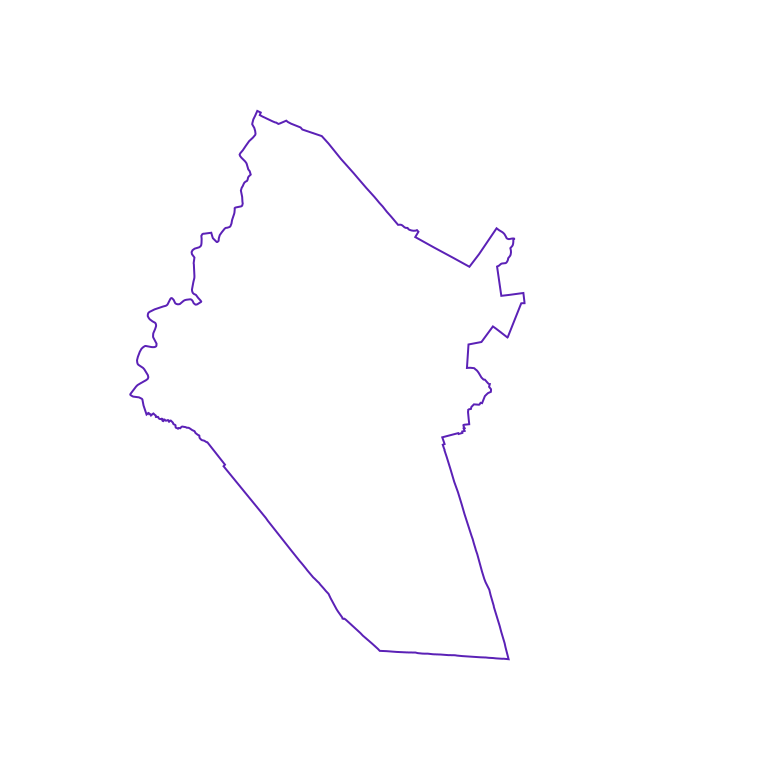 outline of Nga Nam, Sóc Trăng, Vietnam, rotated 315°
{"feature_id": "81297802B9638596310151", "entity_name": "Nga Nam", "entity_type": "district", "adm_level": 2, "iso_a3": "VNM", "parent_name": "Vietnam", "parent_adm1": "Sóc Trăng", "projection": "orthographic", "projection_center": [105.605, 9.526], "detail": "fine", "context": "isolated", "style": "outline", "palette": "violet", "viewbox_px": 768, "rotation_deg": 315, "n_neighbors": 0, "source": "geoboundaries", "source_scale": "gbopen_adm2", "svg_char_len": 6130}
<svg xmlns="http://www.w3.org/2000/svg" viewBox="0 0 768 768"><g transform="rotate(315 384 384)"><path d="M192.3,569.7L196.8,574.6L203.4,582.3L210.5,590.1L216.4,596.2L217.6,598.2L220.8,602.1L224.4,605.8L227.6,609.8L232.8,615.4L237.6,621.0L242.4,626.0L243.7,627.8L247.0,631.8L259.0,645.5L262.8,649.6L264.3,651.5L267.6,655.2L269.1,657.1L273.3,661.9L274.3,662.8L277.5,666.7L283.8,656.0L286.0,652.6L291.5,642.4L294.7,636.9L304.0,619.4L304.7,618.5L310.2,608.5L313.0,603.9L315.6,596.1L317.1,592.7L320.7,585.9L329.6,570.3L331.5,566.4L332.3,565.0L334.7,560.5L337.2,556.1L337.3,555.8L338.6,553.1L349.0,532.8L353.8,524.1L359.8,512.8L364.5,502.8L370.8,491.2L376.8,479.8L379.9,473.6L380.2,473.5L381.1,471.5L382.6,468.5L384.4,469.3L387.5,462.9L399.5,469.9L401.7,471.2L401.4,472.1L404.8,474.0L405.7,472.9L407.9,474.2L408.9,471.7L409.8,472.2L410.3,470.4L410.9,469.4L411.2,469.2L411.9,469.5L415.8,472.7L416.5,471.9L418.9,468.9L423.7,463.1L424.2,462.8L425.3,461.8L426.3,462.0L427.8,463.1L429.4,462.1L429.9,462.0L433.2,462.0L436.5,465.8L437.0,466.0L439.0,465.6L439.8,466.9L446.8,463.9L449.6,463.9L451.2,464.0L454.0,465.1L455.5,463.9L456.0,463.2L456.3,460.3L458.7,458.9L458.5,458.7L458.1,457.7L458.1,456.5L458.4,452.3L458.0,451.8L457.6,451.4L457.5,451.1L457.5,448.3L458.9,442.8L459.2,440.6L459.2,439.3L459.0,438.5L459.0,436.8L458.8,436.4L456.8,433.9L455.4,432.5L454.0,431.3L471.7,415.8L482.6,423.2L501.7,420.3L502.3,423.7L504.2,438.4L504.6,438.4L537.8,424.1L538.2,424.0L540.5,426.2L541.4,425.2L546.9,418.2L536.0,409.9L529.3,404.6L547.0,380.9L548.9,381.6L551.6,381.8L552.6,382.2L555.3,384.4L556.2,384.7L557.7,384.5L559.5,383.8L560.7,382.9L563.3,382.6L564.3,382.4L565.4,381.8L567.0,380.6L568.2,379.2L569.4,377.3L572.3,377.1L573.1,376.9L574.5,376.1L576.1,374.8L577.2,373.7L577.7,373.4L578.4,373.4L579.2,373.9L578.4,372.6L577.4,371.7L574.9,370.0L574.4,369.4L573.9,368.2L573.9,367.2L574.3,366.3L575.1,363.4L575.2,362.1L575.1,360.5L574.1,356.5L573.7,353.5L548.7,358.3L543.0,359.4L527.3,361.5L522.2,343.9L515.9,322.9L510.0,302.2L516.0,300.7L516.1,298.5L514.9,298.0L513.2,296.5L511.9,294.7L511.0,292.9L510.8,291.7L511.0,290.3L509.8,289.0L509.3,287.7L509.1,284.9L508.8,283.8L508.1,282.8L506.5,281.4L507.4,270.9L507.8,264.1L508.6,257.5L508.8,252.7L509.5,245.0L510.1,232.9L511.1,219.6L511.6,213.6L512.7,194.4L514.8,174.7L515.3,164.7L506.2,146.3L506.4,143.6L502.4,134.3L501.3,130.8L501.1,128.7L494.5,126.1L493.2,125.4L492.6,122.9L492.0,122.1L490.9,119.4L487.2,109.0L486.3,106.0L488.8,104.9L487.5,101.3L482.3,103.3L478.7,104.5L475.5,106.4L474.5,107.1L473.9,109.1L473.4,111.1L471.8,114.0L470.1,116.2L469.1,116.8L465.6,117.1L460.4,116.9L454.5,117.9L449.4,118.9L445.6,119.2L444.1,119.7L443.5,120.9L443.2,122.9L443.2,128.5L442.8,130.8L439.8,136.3L439.5,138.6L437.8,141.7L435.1,141.6L433.9,141.9L432.0,143.1L430.7,143.5L429.1,143.0L427.6,142.9L426.0,143.4L424.0,144.2L422.2,144.6L419.6,146.0L416.0,151.4L412.8,155.0L411.7,156.5L409.8,157.6L408.6,157.4L404.4,154.6L403.5,154.1L402.7,154.1L401.9,155.0L399.5,157.0L398.4,157.7L392.4,160.7L389.6,162.7L387.0,163.8L385.9,163.8L383.9,162.8L382.4,161.7L381.2,161.5L376.6,162.0L373.1,162.6L370.2,164.2L368.3,165.8L366.7,165.8L366.1,165.2L366.1,159.9L366.9,158.3L368.8,154.9L363.3,150.7L362.4,149.9L361.4,149.6L359.6,150.1L357.7,152.4L354.5,155.4L353.0,156.5L351.6,156.9L349.9,156.6L345.8,154.4L343.3,154.0L341.2,154.7L340.0,156.4L339.4,160.5L334.8,164.0L334.1,165.0L333.0,166.2L326.3,173.6L324.9,174.9L321.3,177.1L314.9,181.5L314.1,182.5L313.3,184.1L313.2,184.8L313.3,186.1L313.9,187.6L314.0,188.3L313.5,191.4L313.3,195.5L313.0,196.5L312.7,196.6L308.3,195.6L307.1,194.9L306.8,194.4L306.6,193.0L306.6,192.2L307.4,189.9L307.5,188.9L307.4,188.0L306.9,187.1L304.1,184.9L302.7,184.0L301.2,183.5L296.3,183.1L295.4,182.6L294.5,181.8L293.8,180.6L293.5,179.4L293.7,178.6L294.7,175.9L294.8,173.7L294.6,173.2L294.2,172.8L293.0,172.8L287.2,174.7L286.2,174.7L285.0,174.4L282.6,173.0L274.5,169.0L269.1,167.2L267.9,167.1L267.1,167.3L266.0,168.0L265.0,168.9L264.4,170.6L264.1,172.6L264.6,176.0L265.4,178.7L265.4,179.3L265.2,180.0L264.5,181.2L263.6,182.0L261.0,183.3L257.2,184.8L256.3,185.3L254.4,187.0L253.8,187.8L251.7,194.6L250.4,195.8L249.6,196.2L248.6,196.0L247.5,195.4L245.8,193.6L242.4,188.6L241.9,188.2L240.0,187.7L237.5,187.6L234.2,188.5L229.1,190.8L226.1,192.6L224.6,194.5L224.0,195.7L223.9,196.8L225.0,202.2L224.9,204.1L223.3,210.7L222.2,212.5L221.3,213.0L220.5,213.3L218.7,213.1L212.2,211.3L209.0,210.5L206.9,210.5L198.0,211.7L197.3,211.9L197.0,212.3L197.1,213.5L197.7,215.5L201.3,220.2L202.3,223.2L202.2,224.1L198.8,229.1L194.5,237.7L196.0,237.9L196.4,237.8L196.9,237.8L197.1,238.2L197.1,238.4L196.7,239.1L196.6,239.4L197.0,239.7L197.3,239.9L197.5,240.3L197.5,240.5L197.1,241.2L197.0,241.5L199.8,241.7L200.1,241.8L200.1,243.7L200.3,244.7L200.3,245.0L199.4,245.9L199.4,246.1L200.6,247.1L200.9,247.4L200.9,247.9L200.7,248.2L200.5,248.9L200.5,249.5L200.9,250.5L201.5,251.1L202.2,251.3L202.5,251.7L202.6,252.0L202.5,252.4L201.8,252.7L201.5,253.0L201.4,253.4L201.5,253.9L201.7,254.2L202.0,254.2L203.1,253.7L203.4,253.7L203.7,254.0L203.7,255.2L203.8,255.7L204.2,256.0L205.5,256.6L205.8,256.9L205.9,257.2L205.9,257.4L205.4,258.0L205.3,258.4L205.3,258.7L206.9,258.8L207.2,258.9L207.4,259.2L207.4,262.0L206.9,263.0L206.8,263.5L206.9,264.0L207.2,264.6L207.4,265.6L207.2,266.0L206.2,267.0L206.0,267.5L206.0,268.0L206.4,268.7L206.7,269.9L206.8,270.0L207.6,269.9L207.9,270.1L208.6,271.2L208.9,271.2L210.2,271.1L210.8,271.2L211.3,271.5L213.2,274.2L213.7,275.6L214.4,276.2L214.9,276.9L215.2,277.8L215.8,281.0L216.6,283.2L216.6,283.7L216.1,285.1L216.1,285.8L216.4,288.3L216.9,289.6L216.9,289.9L216.7,290.2L216.2,290.7L215.6,291.6L215.4,292.3L215.4,294.4L215.6,295.0L216.8,297.0L217.4,299.7L217.9,300.3L214.5,328.6L212.4,328.7L205.7,395.3L205.1,398.6L200.7,436.1L199.2,449.5L199.0,452.4L198.3,459.3L198.0,461.4L197.2,470.6L197.3,472.8L197.3,476.8L197.4,478.6L197.1,480.8L196.8,486.0L196.5,489.4L196.4,493.2L194.8,497.6L192.5,505.3L191.1,510.0L190.5,512.9L189.5,518.9L189.3,519.8L188.8,520.5L189.3,521.5L190.0,521.9L190.3,523.4L191.2,543.5L191.1,547.0L192.0,558.9L192.4,567.0L192.3,569.7Z" fill="none" stroke="#5b21b6" stroke-width="2"/></g></svg>